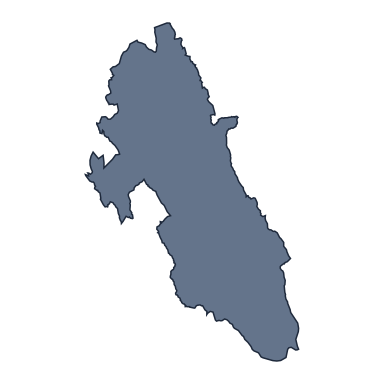 outline of Gicumbi, Northern, Rwanda
{"feature_id": "39286606B99169436422336", "entity_name": "Gicumbi", "entity_type": "district", "adm_level": 2, "iso_a3": "RWA", "parent_name": "Rwanda", "parent_adm1": "Northern", "projection": "natural_earth1", "projection_center": [30.098, -1.619], "detail": "fine", "context": "isolated", "style": "filled", "palette": "slate", "viewbox_px": 384, "rotation_deg": 0, "n_neighbors": 0, "source": "geoboundaries", "source_scale": "gbopen_adm2", "svg_char_len": 5996}
<svg xmlns="http://www.w3.org/2000/svg" viewBox="0 0 384 384"><path d="M280.7,360.5L286.0,357.5L287.7,349.3L288.8,347.8L291.2,347.3L295.7,350.0L297.5,349.8L298.6,349.2L297.4,346.3L295.8,339.4L298.3,331.7L298.6,328.3L297.7,323.1L290.7,312.5L290.1,309.5L287.6,303.2L287.6,302.0L285.9,299.0L285.3,295.9L285.5,294.5L284.6,291.6L284.8,292.0L284.2,285.8L284.9,284.6L285.2,280.3L284.1,277.3L283.6,272.8L282.7,270.9L281.5,270.2L280.3,268.5L280.2,266.8L280.7,265.9L284.1,263.4L284.4,263.7L285.1,262.5L287.3,261.7L290.5,258.5L288.6,255.8L286.9,251.7L286.4,249.6L283.7,246.3L283.7,242.4L280.9,238.6L279.6,237.5L277.2,232.8L274.8,231.2L273.2,231.4L270.9,229.8L269.6,229.8L268.3,229.0L267.6,227.9L267.4,223.7L265.6,220.5L265.1,218.0L265.4,215.6L262.9,216.6L260.6,215.1L261.0,213.7L260.3,212.6L260.4,210.8L258.4,209.1L256.8,206.4L257.3,204.4L257.1,202.5L255.2,198.3L253.8,197.8L250.9,199.0L250.1,197.8L248.8,197.4L248.2,195.8L247.6,195.7L246.2,196.8L246.1,194.8L243.6,190.2L243.2,187.5L241.7,186.0L239.0,182.1L237.7,179.2L237.4,177.6L234.9,173.7L234.7,171.5L233.5,170.2L232.8,168.3L231.2,166.0L231.1,164.7L231.5,163.6L230.8,162.5L230.4,160.6L230.8,157.8L230.4,156.6L230.6,154.9L229.2,150.1L227.2,147.6L226.4,145.1L226.6,143.5L226.5,137.4L225.9,135.3L226.8,133.2L227.0,131.1L227.7,130.6L228.8,128.9L229.8,129.1L231.1,128.1L233.0,128.2L235.9,126.4L236.2,124.8L236.6,124.1L237.0,124.0L237.4,122.7L236.8,119.9L237.3,118.1L238.0,117.4L236.7,116.3L234.8,116.7L234.8,117.2L233.5,116.7L232.7,117.0L231.6,116.6L231.1,117.1L228.2,117.4L228.0,117.7L224.1,117.8L223.8,118.3L222.0,117.8L219.0,119.2L218.7,120.0L218.3,119.9L218.2,121.6L216.7,122.7L216.8,123.6L215.1,124.2L214.3,125.2L212.9,124.8L212.0,123.4L211.4,123.4L210.9,121.8L211.3,120.1L210.7,118.9L211.1,117.3L210.4,115.8L210.7,115.2L213.4,114.5L214.8,115.1L215.0,113.9L212.8,105.5L208.7,101.7L207.4,99.5L207.7,98.4L209.2,96.7L207.9,93.8L208.2,93.4L207.4,90.0L205.2,88.6L204.5,87.3L203.6,87.3L202.4,88.1L201.6,83.1L202.3,82.5L200.8,80.6L200.1,80.5L200.9,77.9L198.7,75.0L198.5,72.9L197.4,69.7L196.7,68.8L196.7,68.1L195.8,67.6L195.2,66.6L195.5,64.9L194.6,65.1L194.5,64.5L192.9,63.5L192.4,61.8L190.9,61.6L191.0,61.1L189.9,59.2L190.0,56.5L188.0,56.2L185.2,55.0L186.2,53.8L184.7,48.1L184.3,47.6L182.7,48.5L182.9,47.6L181.8,46.3L180.9,44.2L181.3,41.2L182.0,40.3L181.6,38.7L180.3,37.9L179.3,38.1L178.7,38.7L174.6,39.1L174.4,38.0L175.0,36.8L174.7,36.1L175.3,34.7L174.9,32.2L173.6,29.6L172.4,28.4L170.0,24.0L170.2,23.7L169.6,23.1L166.9,23.0L154.8,27.5L154.5,27.7L155.0,29.8L154.8,32.2L156.2,38.3L156.0,42.0L157.3,44.9L156.5,48.0L156.3,51.1L155.4,52.2L154.0,51.9L151.4,50.0L148.8,49.3L146.5,47.1L145.2,44.6L141.6,43.0L138.0,42.1L137.0,40.3L130.0,44.0L128.9,47.4L127.0,50.3L125.8,51.3L123.5,52.2L121.4,56.1L119.3,63.6L115.4,66.5L113.1,66.8L110.3,69.3L112.5,73.3L112.4,74.4L113.8,75.3L112.1,77.6L111.1,77.7L111.6,79.7L109.6,79.9L108.8,81.0L109.0,84.9L108.5,85.8L110.6,90.9L110.8,93.1L108.5,94.7L107.3,94.9L106.4,95.9L105.7,97.1L105.9,98.2L106.8,100.5L107.7,101.6L108.2,102.9L108.8,103.0L109.0,104.5L111.9,104.1L113.5,104.3L114.0,105.1L117.2,104.0L118.5,110.6L117.3,113.2L114.7,114.5L113.3,116.6L110.4,119.2L108.1,119.2L106.5,117.3L105.4,116.7L101.8,117.0L100.1,121.1L100.1,122.6L98.2,123.6L96.8,123.0L96.7,124.0L98.6,127.7L99.0,129.7L99.9,131.0L99.9,133.0L102.0,133.7L102.6,130.3L103.8,131.5L103.9,133.8L104.8,135.9L105.4,136.0L106.6,137.2L108.2,137.3L109.9,141.1L111.5,141.8L112.5,143.3L114.9,145.4L118.0,149.8L119.9,154.7L119.1,154.0L118.4,154.6L115.7,154.8L112.5,159.3L103.9,168.0L104.0,162.8L103.1,155.3L98.5,158.7L93.1,152.1L91.1,156.1L90.0,160.3L90.1,164.9L91.2,168.9L92.4,171.4L92.2,172.7L90.4,174.3L88.8,173.1L87.8,173.0L88.3,173.8L88.6,175.9L85.4,174.6L85.7,175.5L89.8,181.0L92.1,182.1L93.3,182.0L94.3,183.2L94.6,185.0L95.5,186.3L94.8,187.1L94.6,188.7L97.3,190.6L97.7,190.4L98.3,191.7L100.0,193.0L100.8,198.2L100.4,199.2L103.3,204.6L105.1,206.9L106.7,206.5L107.6,206.9L108.0,205.7L107.8,204.8L109.4,203.8L110.3,201.8L113.0,202.7L114.0,204.4L114.9,205.0L115.9,207.0L117.5,208.5L118.4,213.7L119.5,216.0L119.4,217.8L120.4,220.5L121.2,221.6L121.4,223.5L123.1,221.3L126.1,216.3L128.1,217.4L129.2,217.5L129.4,217.1L130.5,218.2L132.5,218.6L133.0,218.2L132.5,214.8L131.5,214.0L131.8,212.8L129.9,209.8L130.3,204.8L129.8,203.6L130.3,202.5L130.4,201.0L128.5,196.5L128.2,194.6L129.4,192.2L133.9,189.9L134.2,187.8L135.9,185.6L137.6,185.1L139.0,184.1L139.4,183.0L142.1,181.7L144.0,179.3L146.6,184.4L147.8,184.8L147.9,186.0L149.0,186.4L149.4,187.4L151.8,188.7L152.9,190.1L155.8,191.4L157.1,195.0L161.4,202.9L164.2,205.4L167.2,211.7L170.5,215.7L167.5,216.6L164.8,219.2L163.3,221.3L162.1,222.1L160.3,221.6L160.4,222.6L161.2,223.2L160.5,223.7L159.1,225.8L157.0,226.9L156.8,229.2L158.3,230.9L158.6,231.6L157.7,232.7L158.9,233.2L158.9,233.9L160.2,237.4L161.8,240.5L162.2,242.7L164.2,243.3L164.7,245.2L166.1,246.7L166.4,247.8L167.8,249.8L168.5,253.2L169.2,253.4L169.9,254.7L171.9,256.0L172.6,258.0L173.4,258.9L173.6,260.8L174.1,261.2L173.9,262.8L175.0,263.3L175.4,264.8L175.0,265.1L174.8,266.6L173.7,267.4L173.8,268.6L173.2,269.6L172.4,269.9L170.9,271.4L170.9,274.3L170.3,276.2L170.3,277.5L171.8,279.1L172.4,279.2L173.1,280.3L173.0,280.8L174.0,281.9L174.2,284.6L175.3,286.2L175.8,288.9L176.8,290.3L176.5,291.8L175.6,293.1L175.7,294.1L176.2,294.9L177.1,294.9L177.9,295.7L178.0,296.8L179.9,298.1L180.5,299.7L180.2,300.1L181.7,301.9L181.7,302.6L183.3,303.9L184.3,304.0L185.0,304.9L185.2,306.2L185.6,305.8L185.7,306.2L186.0,305.9L186.9,306.7L189.5,306.6L189.5,307.1L194.3,308.1L194.9,308.0L196.3,305.8L197.4,305.3L200.1,304.9L201.5,305.8L202.6,305.7L205.0,309.9L206.9,311.4L206.8,314.5L207.6,313.3L210.2,311.4L213.0,312.1L215.4,320.0L216.5,321.1L219.0,320.4L220.9,320.8L222.2,320.6L224.6,319.0L226.8,319.7L228.6,321.2L229.9,323.1L232.4,324.4L233.3,326.9L234.4,328.3L238.4,330.5L242.2,335.6L243.5,336.4L244.8,339.4L247.9,342.3L251.1,346.6L252.3,349.4L254.0,350.9L258.5,352.8L261.1,356.9L263.0,357.8L272.8,360.6L276.8,361.0L280.7,360.5Z" fill="#64748b" stroke="#1e293b" stroke-width="1.5"/></svg>